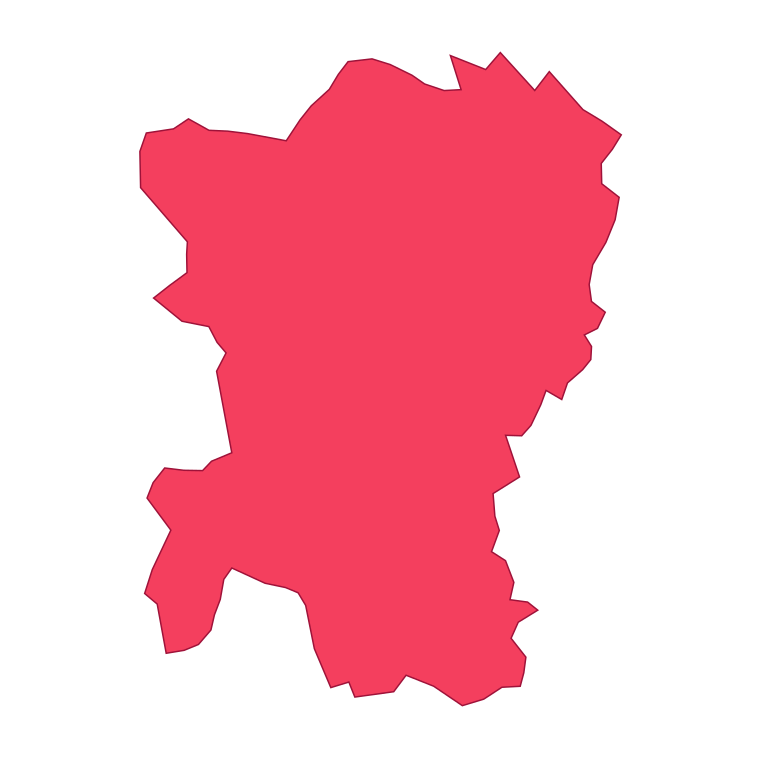 outline of Sede Nova, Rio Grande do Sul, Brazil, rotated 267°
{"feature_id": "56859067B54570666253245", "entity_name": "Sede Nova", "entity_type": "district", "adm_level": 2, "iso_a3": "BRA", "parent_name": "Brazil", "parent_adm1": "Rio Grande do Sul", "projection": "albers", "projection_center": [-53.96, -27.642], "detail": "fine", "context": "isolated", "style": "filled", "palette": "rose", "viewbox_px": 768, "rotation_deg": 267, "n_neighbors": 0, "source": "geoboundaries", "source_scale": "gbopen_adm2", "svg_char_len": 1468}
<svg xmlns="http://www.w3.org/2000/svg" viewBox="0 0 768 768"><g transform="rotate(267 384 384)"><path d="M103.8,511.4L123.4,497.6L139.1,505.6L150.1,525.7L158.7,516.0L162.0,498.5L179.1,503.3L201.2,496.1L210.9,482.6L231.7,491.5L246.2,487.8L268.9,487.2L284.1,514.5L326.4,502.7L325.1,518.8L335.0,528.6L355.1,539.5L369.1,545.5L359.2,560.7L375.5,567.3L387.9,583.1L397.6,591.8L410.6,593.2L422.5,586.6L428.4,600.1L444.1,608.7L455.6,595.5L472.6,594.1L492.2,598.7L513.8,613.0L535.9,623.4L558.1,628.6L572.6,611.9L592.9,612.5L606.4,624.3L620.4,634.0L635.1,615.4L647.6,597.0L687.3,565.4L669.2,549.9L708.9,517.5L692.7,502.0L708.5,467.5L673.9,476.4L673.9,459.4L681.5,440.2L690.9,428.1L702.7,406.9L709.3,389.1L707.8,365.0L695.6,354.6L681.1,344.8L665.6,325.9L652.3,314.1L632.0,299.1L641.2,260.9L644.7,241.1L646.5,222.5L659.0,202.6L649.8,187.1L647.1,159.8L629.0,152.4L592.8,151.2L536.3,195.1L523.8,193.7L505.5,193.1L493.8,175.3L481.9,158.4L457.2,185.6L450.5,212.1L434.3,219.5L423.3,227.9L405.5,217.5L323.3,228.4L315.9,207.7L307.0,198.3L308.3,179.6L311.6,160.6L297.6,148.3L282.5,141.4L249.2,163.5L210.8,142.9L187.3,134.0L176.1,146.0L126.5,152.4L128.5,170.5L133.6,185.1L147.4,198.3L162.4,202.6L177.4,209.2L197.3,213.8L208.2,222.4L191.2,254.9L185.9,275.0L180.0,287.3L167.0,294.2L123.3,300.6L83.6,315.0L88.2,333.3L72.9,338.5L76.2,377.6L92.0,390.8L79.6,417.8L58.7,445.4L64.1,467.2L75.0,485.9L75.0,504.2L88.3,508.5L103.8,511.4Z" fill="#f43f5e" stroke="#9f1239" stroke-width="1.5"/></g></svg>